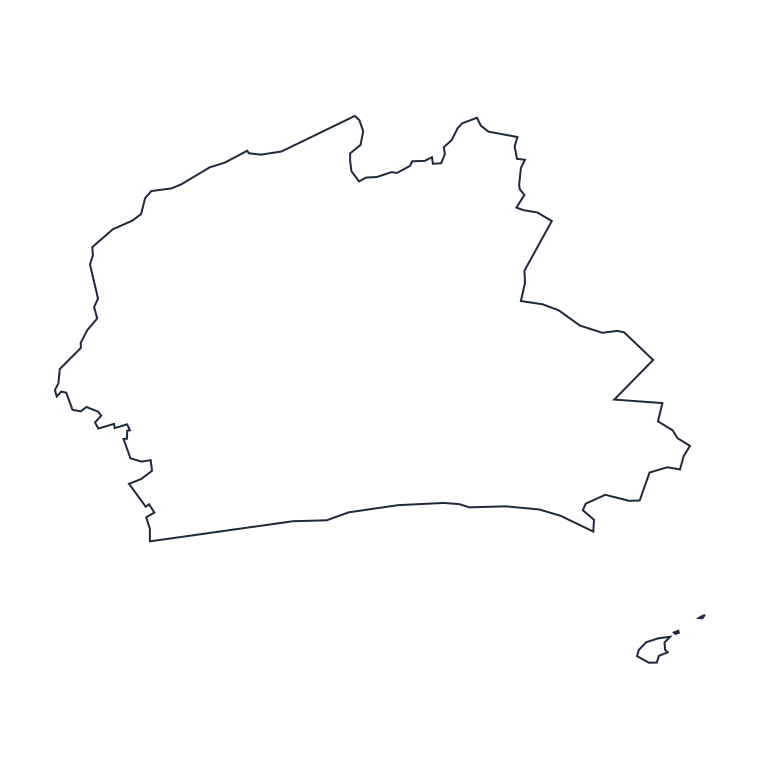 Killiney-Shankill Lea-7, Dún Laoghaire–Rathdown, Ireland (Mercator projection), rotated 92°
{"feature_id": "5873133B24997022792264", "entity_name": "Killiney-Shankill Lea-7", "entity_type": "district", "adm_level": 2, "iso_a3": "IRL", "parent_name": "Ireland", "parent_adm1": "Dún Laoghaire–Rathdown", "projection": "mercator", "projection_center": [-6.14, 53.238], "detail": "fine", "context": "isolated", "style": "outline", "palette": "slate", "viewbox_px": 768, "rotation_deg": 92, "n_neighbors": 0, "source": "geoboundaries", "source_scale": "gbopen_adm2", "svg_char_len": 1971}
<svg xmlns="http://www.w3.org/2000/svg" viewBox="0 0 768 768"><g transform="rotate(92 384 384)"><path d="M205.4,250.6L203.1,257.8L190.1,250.3L184.7,255.1L180.0,255.9L163.2,254.7L155.0,250.9L154.3,259.0L142.0,261.7L132.5,259.3L128.2,288.3L122.5,296.2L114.7,300.4L120.7,314.9L125.8,319.3L137.9,324.9L145.3,332.5L152.1,331.2L161.4,334.6L162.2,342.8L155.6,344.0L159.6,351.0L160.4,363.5L165.1,365.6L172.6,378.4L172.0,384.0L177.4,398.4L178.3,409.2L182.4,416.0L172.4,424.0L161.5,425.7L154.7,425.9L145.9,415.8L132.1,413.6L121.2,417.8L117.1,422.5L155.2,494.6L159.1,514.8L158.1,527.1L155.7,528.9L168.3,550.8L173.6,565.8L191.3,593.2L195.9,603.1L199.3,623.3L206.5,629.2L222.6,632.7L229.4,641.0L238.8,660.4L257.4,680.3L265.5,679.4L274.8,682.0L308.6,672.8L317.2,676.4L328.5,672.9L340.5,682.4L353.6,688.6L358.5,688.2L380.3,708.5L394.7,709.4L401.6,712.7L407.9,710.6L402.8,706.3L403.8,701.2L420.7,694.4L421.9,686.1L417.4,680.6L421.5,668.9L425.5,665.5L432.5,671.5L438.5,667.9L433.3,652.4L437.5,651.6L433.3,639.4L439.1,636.3L439.6,639.0L447.6,639.0L448.0,642.4L467.1,634.8L470.0,623.7L468.3,614.5L478.8,612.8L487.5,623.4L492.6,635.4L515.0,617.8L512.4,614.6L520.5,609.0L525.6,617.0L536.6,613.0L549.4,612.4L524.3,470.2L522.2,436.5L513.5,414.8L504.6,365.8L500.8,320.5L501.4,304.7L504.3,294.5L502.0,258.0L504.0,224.4L509.4,203.3L524.2,169.7L512.4,169.4L503.2,180.9L496.5,178.2L487.0,159.0L492.2,135.0L491.5,124.4L463.2,115.5L457.3,97.9L459.1,85.2L445.9,82.1L435.2,76.1L427.9,88.8L420.3,93.8L411.7,108.9L393.4,105.1L391.5,153.3L350.6,115.9L324.0,145.8L322.8,152.9L325.2,167.6L318.8,190.2L304.3,211.9L298.8,228.3L296.3,250.1L278.0,246.6L265.9,247.6L215.3,222.0L207.2,236.9L205.4,250.6ZM628.6,101.0L632.9,112.9L640.9,120.1L647.2,121.6L653.3,109.5L652.9,101.7L646.0,99.7L642.2,91.1L639.8,93.8L632.5,94.6L626.6,89.2L628.6,101.0ZM623.6,84.2L622.4,80.7L620.4,81.2L622.2,85.7L623.6,84.2ZM605.7,59.4L606.9,61.2L607.0,57.7L603.6,55.3L605.7,59.4Z" fill="none" stroke="#1e293b" stroke-width="2"/></g></svg>